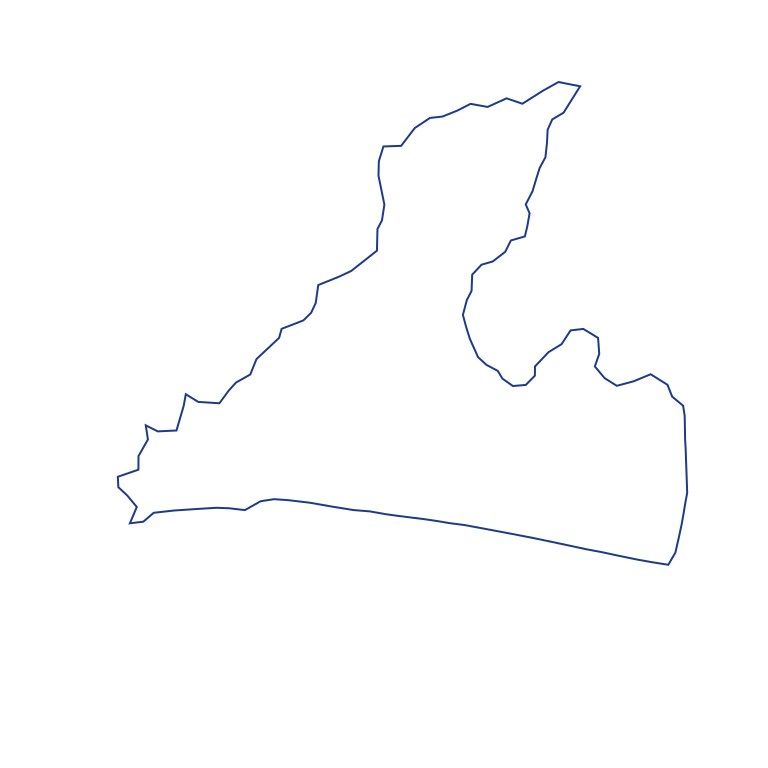 outline of Matinhos, Paraná, Brazil, rotated 75°
{"feature_id": "56859067B19648213894292", "entity_name": "Matinhos", "entity_type": "district", "adm_level": 2, "iso_a3": "BRA", "parent_name": "Brazil", "parent_adm1": "Paraná", "projection": "natural_earth1", "projection_center": [-48.56, -25.776], "detail": "fine", "context": "isolated", "style": "outline", "palette": "blue", "viewbox_px": 768, "rotation_deg": 75, "n_neighbors": 0, "source": "geoboundaries", "source_scale": "gbopen_adm2", "svg_char_len": 1737}
<svg xmlns="http://www.w3.org/2000/svg" viewBox="0 0 768 768"><g transform="rotate(75 384 384)"><path d="M404.7,665.1L414.9,667.3L425.0,661.0L438.8,654.6L452.8,665.5L454.7,652.1L448.8,639.8L451.9,619.3L456.6,595.6L460.2,577.9L464.0,565.6L469.8,551.0L465.3,533.5L466.8,520.0L471.4,506.6L479.5,486.3L488.8,466.3L497.9,446.0L503.4,430.6L510.2,416.0L515.1,404.4L525.3,379.3L530.1,368.2L535.4,356.6L540.9,343.1L549.0,326.1L554.9,313.8L560.8,301.5L571.9,278.7L586.9,249.1L596.2,230.9L602.6,217.5L610.8,201.5L618.9,185.3L625.3,171.7L632.2,156.2L622.3,146.2L610.2,139.8L596.6,132.8L586.3,128.0L577.2,123.9L567.6,119.3L524.2,109.3L515.5,107.5L492.6,101.8L482.4,100.7L470.8,108.9L458.1,110.4L443.6,123.9L446.0,142.1L446.0,159.6L435.4,169.4L421.6,175.8L410.6,168.3L394.9,165.3L382.4,177.2L380.5,189.9L391.5,202.2L395.8,216.8L406.1,233.6L415.0,236.1L421.6,247.3L419.3,260.0L409.5,268.2L400.8,270.7L392.0,280.1L382.4,286.2L362.5,289.4L349.8,289.9L337.7,289.9L324.4,282.3L316.7,275.3L301.2,270.5L294.0,258.9L293.8,247.3L287.7,232.7L278.2,224.3L277.9,209.7L268.6,204.7L256.8,199.2L247.2,200.6L236.2,190.6L225.8,184.2L215.7,177.8L206.8,169.4L193.4,164.2L180.7,160.1L172.0,153.0L168.4,140.3L147.2,117.5L137.5,137.3L141.9,154.8L149.1,177.8L139.8,191.7L143.2,212.2L135.8,227.9L138.9,242.5L140.8,258.4L138.9,270.7L144.7,288.0L158.4,305.8L154.4,323.1L167.5,331.3L181.3,335.4L210.8,337.2L225.4,343.6L232.6,350.2L253.4,356.3L266.3,386.4L268.6,399.1L271.4,421.9L288.1,429.0L296.4,436.0L301.7,445.4L304.2,468.6L312.3,473.4L326.9,500.7L340.2,510.7L344.3,526.6L350.2,535.7L360.0,548.0L353.2,568.1L342.6,578.1L353.2,583.1L375.2,596.5L371.2,614.8L362.3,624.8L376.5,626.4L390.1,639.8L403.2,643.4L404.7,665.1Z" fill="none" stroke="#1e3a8a" stroke-width="2"/></g></svg>